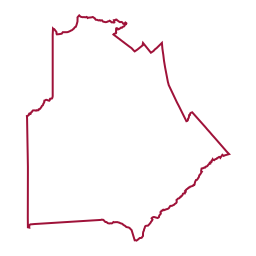 Grajaú, Maranhão, Brazil (Robinson projection)
{"feature_id": "56859067B31201037702060", "entity_name": "Grajaú", "entity_type": "district", "adm_level": 2, "iso_a3": "BRA", "parent_name": "Brazil", "parent_adm1": "Maranhão", "projection": "robinson", "projection_center": [-45.931, -5.808], "detail": "fine", "context": "isolated", "style": "outline", "palette": "rose", "viewbox_px": 256, "rotation_deg": 0, "n_neighbors": 0, "source": "geoboundaries", "source_scale": "gbopen_adm2", "svg_char_len": 5465}
<svg xmlns="http://www.w3.org/2000/svg" viewBox="0 0 256 256"><path d="M26.9,116.0L27.0,117.1L27.1,119.3L27.1,120.6L27.5,143.7L27.7,154.4L27.9,166.8L27.9,168.3L27.9,173.1L27.8,217.8L27.9,227.3L28.4,227.4L29.3,227.6L29.2,226.6L29.4,225.7L29.2,225.1L29.7,224.8L30.4,224.4L34.9,224.0L41.6,223.6L78.4,221.3L101.0,219.9L101.9,219.6L102.4,219.8L103.1,219.8L103.6,220.1L104.2,220.8L104.7,221.3L105.4,222.0L106.3,222.0L107.0,222.4L107.6,223.1L108.5,223.3L109.3,223.5L110.2,223.3L111.5,223.4L112.3,223.2L112.9,222.5L113.5,222.0L114.2,222.3L115.0,222.2L116.0,222.1L117.1,222.1L117.8,222.2L118.4,222.5L119.2,222.6L119.9,223.0L120.6,223.3L121.2,223.5L122.0,223.7L122.5,224.0L123.4,224.9L125.0,225.8L125.7,226.4L126.3,227.0L127.6,227.3L128.3,227.4L128.9,227.6L129.7,228.1L130.3,228.8L130.8,229.3L131.6,230.1L134.7,240.3L135.5,240.2L136.5,240.6L137.9,239.6L138.8,238.8L139.8,238.0L140.6,238.0L141.6,237.8L143.0,235.9L143.0,234.6L143.0,233.5L143.1,232.7L143.2,232.1L143.4,231.5L143.9,230.6L144.0,229.7L144.3,228.8L144.7,228.0L144.9,227.0L145.4,226.1L146.1,225.8L147.2,225.7L147.9,225.7L148.5,225.1L149.1,224.5L149.7,223.8L150.2,223.1L150.7,222.6L151.1,221.6L151.7,221.0L152.1,220.5L152.5,219.6L152.1,219.1L151.6,218.3L152.4,217.5L153.3,217.1L154.0,217.0L154.9,217.2L155.7,217.5L156.2,217.6L156.9,217.8L157.6,218.0L158.3,217.6L158.9,217.2L159.1,216.1L159.3,215.5L159.7,215.0L160.4,214.3L160.8,213.5L160.5,212.8L160.5,212.0L161.2,211.5L161.5,210.7L162.6,210.6L163.0,209.8L163.6,209.7L164.2,210.1L164.8,209.8L165.4,209.7L166.3,209.2L166.8,209.2L168.1,208.7L168.8,208.2L169.7,206.8L170.1,206.1L170.9,205.8L171.8,205.9L172.5,205.5L173.6,205.0L174.2,204.7L174.6,204.1L176.1,203.1L176.6,202.4L176.7,201.7L176.5,200.0L177.2,199.5L177.7,198.8L178.5,198.4L179.4,198.2L179.9,197.3L180.7,197.0L180.8,196.4L181.6,196.1L182.4,195.2L182.7,194.4L183.0,193.7L184.0,193.4L184.8,193.4L184.9,192.5L185.6,192.1L185.8,191.1L185.2,190.8L186.0,189.9L186.7,189.2L187.5,188.8L187.9,188.2L188.6,188.0L189.1,187.3L189.8,187.2L190.1,186.7L191.5,186.3L192.4,186.0L193.3,185.6L193.5,185.0L194.3,185.0L194.6,184.4L194.6,183.8L194.8,183.1L195.2,181.6L195.7,180.6L196.0,180.0L196.9,179.9L197.6,179.1L197.9,178.4L198.6,177.6L198.9,176.9L199.1,175.9L199.5,175.0L200.1,174.6L200.6,173.7L201.2,172.8L201.8,171.8L201.2,171.6L201.1,170.9L201.4,169.5L201.6,168.5L202.7,168.2L203.7,168.1L204.4,167.4L205.3,167.5L205.9,166.6L207.2,166.2L208.2,164.9L208.8,164.2L210.0,163.7L209.6,163.0L209.9,162.5L210.7,162.1L211.2,162.3L211.7,161.7L211.6,160.7L212.1,160.4L212.3,159.8L212.6,159.3L212.9,160.0L213.5,159.9L214.2,160.2L214.8,159.6L215.5,159.1L216.1,159.0L216.8,158.7L217.1,158.1L218.0,157.7L219.0,157.0L219.7,157.3L220.2,157.7L220.3,156.9L221.0,156.9L221.5,156.2L221.9,155.5L222.4,154.8L223.1,155.4L223.7,155.9L224.6,155.4L229.1,154.1L226.7,151.6L215.3,138.5L212.0,134.8L209.8,132.2L207.2,129.3L205.8,127.6L192.2,112.3L191.5,112.6L190.9,112.8L190.3,113.3L190.0,114.2L189.9,115.0L189.1,115.2L189.1,116.0L188.9,116.9L188.8,117.5L188.6,118.1L188.0,118.8L188.0,119.8L187.7,120.4L187.1,121.0L186.4,121.2L179.0,106.3L176.9,102.3L168.7,85.0L168.4,83.7L167.9,82.0L165.1,67.4L164.0,60.7L163.3,54.8L163.0,52.9L162.4,48.6L161.9,42.9L156.6,48.1L155.8,48.7L154.8,49.5L154.2,50.2L153.5,51.0L150.9,52.7L150.5,52.2L143.0,42.9L142.7,44.3L143.0,45.1L142.2,45.7L137.6,49.4L134.7,51.4L133.9,50.7L132.9,49.6L131.5,48.1L129.4,46.6L113.4,34.5L113.8,34.0L114.3,33.9L114.9,33.5L116.0,33.2L116.2,32.6L116.0,31.6L116.1,30.2L116.1,28.7L116.4,28.2L117.2,28.3L117.9,28.7L118.1,29.4L118.7,29.2L119.4,28.9L119.9,28.5L121.0,27.6L121.8,27.8L122.3,27.2L122.8,26.9L123.3,26.6L124.0,26.4L124.7,25.5L124.9,24.9L125.3,24.3L126.1,24.2L126.4,23.3L126.0,22.9L125.4,22.5L124.8,23.2L124.4,23.8L123.9,24.0L123.2,23.7L122.6,22.7L121.9,22.1L121.0,21.9L120.4,22.1L119.9,22.1L119.3,21.8L118.8,21.4L118.2,21.0L117.7,20.6L117.1,20.3L116.7,19.7L116.1,19.5L115.4,20.0L114.7,20.1L113.9,20.2L114.1,20.9L114.3,21.5L114.4,22.3L113.9,22.6L113.3,22.4L112.7,22.2L112.1,22.4L111.5,22.3L110.9,21.6L110.3,21.1L109.6,20.7L108.8,21.3L107.9,21.4L107.3,21.7L106.8,22.0L106.1,22.1L105.1,22.1L104.1,21.8L103.2,21.7L102.6,21.1L102.0,20.3L101.3,20.4L100.3,20.6L99.8,20.1L99.2,20.3L98.3,20.4L97.4,19.9L96.7,19.8L95.9,19.8L95.3,19.3L95.0,18.5L94.4,18.1L93.7,17.6L93.2,17.2L92.6,17.0L91.9,17.3L91.3,17.3L90.8,17.4L89.9,17.6L89.2,17.5L88.4,17.7L87.6,18.0L87.3,17.3L86.5,16.9L85.8,17.2L85.2,17.3L84.3,17.1L83.3,17.1L82.5,17.2L81.7,17.0L80.9,16.8L80.3,16.5L79.2,15.4L78.6,16.1L78.1,16.6L77.5,17.4L77.5,18.1L77.6,18.9L77.5,19.7L77.5,20.4L77.5,21.3L77.3,22.2L77.0,23.3L76.7,24.3L76.4,25.3L75.8,26.8L75.2,27.0L74.5,27.6L74.0,28.5L73.5,28.8L73.0,29.3L72.2,30.0L71.5,30.4L70.6,30.7L70.1,31.1L67.7,32.1L66.4,32.2L65.5,32.2L64.2,32.2L62.8,32.2L61.7,33.7L59.4,34.1L58.5,34.2L57.5,34.3L56.8,34.3L56.5,33.6L56.5,32.9L56.5,32.2L56.0,31.4L55.5,30.8L55.1,30.3L54.8,29.8L54.2,29.1L53.4,28.9L53.0,28.5L52.7,34.8L52.7,74.2L52.7,96.0L52.6,96.8L52.3,97.9L51.9,98.5L51.3,98.5L50.8,98.8L50.2,98.7L49.8,99.2L49.8,100.0L49.3,100.7L48.2,100.5L47.4,100.1L46.8,99.9L46.1,99.8L45.5,100.1L45.0,100.5L44.4,100.6L44.2,101.3L44.2,102.4L43.8,103.1L43.4,103.5L43.2,104.5L42.8,105.3L42.3,105.6L41.8,106.1L41.4,107.0L40.9,107.6L40.5,108.2L40.1,108.8L39.5,109.0L38.7,109.3L38.5,110.2L37.6,110.4L36.7,110.2L36.0,110.7L35.3,110.4L34.5,110.4L33.7,110.4L33.0,110.4L32.3,111.1L32.0,111.8L31.1,112.4L30.8,113.2L30.5,114.0L29.8,114.1L29.3,113.6L28.8,114.3L28.7,115.2L28.0,115.7L26.9,116.0Z" fill="none" stroke="#9f1239" stroke-width="2"/></svg>